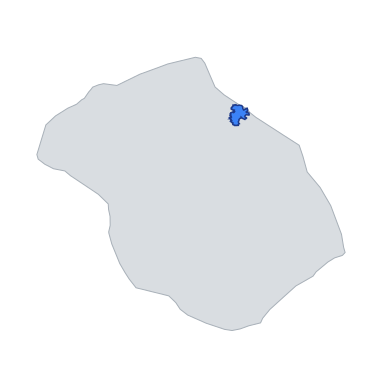 location of Maseru (Maseru District), Maseru, Lesotho, rotated 95°
{"feature_id": "5366337B82586937750220", "entity_name": "Maseru (Maseru District)", "entity_type": "district", "adm_level": 2, "iso_a3": "LSO", "parent_name": "Lesotho", "parent_adm1": "Maseru", "projection": "equal_earth", "projection_center": [27.512, -29.345], "detail": "fine", "context": "in_parent", "style": "filled", "palette": "blue", "viewbox_px": 384, "rotation_deg": 95, "n_neighbors": 0, "source": "geoboundaries", "source_scale": "gbopen_adm2", "svg_char_len": 5205}
<svg xmlns="http://www.w3.org/2000/svg" viewBox="0 0 384 384"><g transform="rotate(95 192 192)"><path d="M250.7,267.4L240.4,271.2L239.0,271.5L232.4,270.6L223.5,271.5L216.6,273.6L211.2,274.4L202.4,285.2L186.4,314.4L182.1,320.5L180.9,332.0L177.2,341.0L172.7,348.1L168.2,349.8L154.9,347.0L137.9,343.4L128.1,334.6L119.3,323.0L114.6,314.6L109.8,310.0L108.1,307.4L101.2,303.5L98.5,301.5L96.2,300.1L93.4,294.5L91.8,289.6L92.4,276.1L87.5,268.0L79.2,254.2L73.9,242.8L66.6,227.4L62.1,214.1L57.5,200.4L58.1,194.5L62.5,190.5L75.4,183.6L85.4,178.2L92.5,168.4L100.4,153.8L104.2,145.0L108.0,141.0L112.1,134.8L119.4,121.0L127.5,105.7L136.1,89.3L147.1,84.5L162.0,79.0L176.4,64.7L193.5,52.6L221.1,39.4L234.0,36.1L238.9,34.2L242.0,36.6L245.2,44.2L249.9,50.5L260.7,61.4L265.3,64.1L276.5,80.3L288.4,91.4L302.2,104.2L311.6,110.6L316.4,112.3L320.3,123.7L324.2,132.1L326.5,140.0L326.0,147.6L321.5,166.4L315.0,185.5L309.9,193.5L303.6,198.5L297.5,206.1L295.1,221.4L292.3,239.4L284.3,246.9L278.1,251.7L269.6,257.7L250.7,267.4Z" fill="#d9dde1" stroke="#a8b0b8" stroke-width="1"/><path d="M119.0,158.6L119.0,158.4L119.2,158.0L119.4,157.8L119.4,157.5L119.4,157.4L119.5,157.4L119.6,157.6L120.0,157.4L120.1,157.6L120.4,157.4L120.5,157.4L120.8,157.3L121.0,157.3L121.2,157.2L121.2,156.8L121.3,156.8L121.3,156.7L121.3,156.4L121.4,156.1L121.5,156.0L121.7,155.9L121.9,155.8L121.9,155.4L122.0,155.3L122.1,155.1L122.1,154.9L122.0,154.7L121.8,154.6L121.8,154.3L121.8,154.0L121.9,153.8L121.8,153.6L121.7,153.4L121.8,153.2L121.7,152.8L121.7,152.5L121.7,152.2L121.6,151.7L121.1,151.9L121.1,152.0L120.8,151.8L120.6,151.8L120.2,151.3L119.9,150.8L119.2,151.5L118.5,151.8L118.0,152.0L117.2,151.6L116.4,151.4L116.1,151.6L115.7,151.5L115.5,151.4L114.9,150.9L114.5,150.6L114.3,149.9L114.1,149.7L113.6,149.7L113.4,149.6L113.1,149.6L113.4,149.2L113.8,148.7L114.3,148.3L114.4,147.5L114.6,146.8L115.0,146.2L115.1,145.6L114.9,145.5L114.7,145.4L114.4,145.2L114.2,145.1L114.2,144.9L114.1,144.5L114.1,144.4L113.7,144.1L113.3,144.2L113.2,144.4L113.1,144.6L113.1,144.8L113.0,145.2L112.7,145.7L112.4,145.8L112.1,145.9L111.9,146.0L111.7,146.0L111.3,145.6L111.1,145.5L110.8,145.2L110.6,145.0L110.5,144.9L110.4,144.9L110.2,144.6L110.2,144.2L110.2,143.9L110.3,143.7L110.4,143.3L110.4,143.2L110.3,142.9L110.4,142.4L110.4,142.0L110.1,142.0L109.6,141.8L109.0,142.2L108.9,142.2L108.5,142.1L108.4,142.1L108.3,142.3L108.3,142.7L108.3,142.9L108.3,143.0L108.2,143.2L107.9,143.5L107.9,143.8L108.0,144.4L108.1,144.6L107.8,144.9L107.7,144.9L107.4,145.0L107.3,144.9L107.2,144.8L107.2,144.7L107.2,144.3L107.2,144.1L107.0,143.8L106.8,143.6L106.6,143.6L106.3,143.7L105.7,143.9L105.2,143.7L104.9,143.8L104.7,144.0L104.4,144.1L103.9,144.2L103.7,144.4L103.8,144.5L104.0,144.8L104.0,145.2L104.0,145.4L104.1,145.5L104.7,145.6L104.8,145.7L104.9,145.8L104.9,146.4L104.9,146.7L105.1,146.8L105.3,147.0L105.5,147.1L105.8,147.4L105.8,147.5L105.8,147.8L105.7,147.9L105.0,148.2L104.9,148.3L104.6,148.6L104.4,148.7L104.0,148.7L103.4,148.8L103.2,149.0L102.6,149.0L102.4,149.3L101.9,149.7L101.7,149.8L101.6,150.0L101.5,150.4L101.5,150.8L101.5,151.2L101.5,151.4L101.5,151.7L101.4,152.3L101.4,152.6L101.4,152.8L101.5,153.0L101.7,153.4L101.8,153.8L101.8,154.2L101.8,154.4L101.8,154.8L101.6,155.4L101.3,155.7L101.1,155.9L101.2,156.1L101.3,156.2L101.5,156.4L101.7,156.5L101.5,157.0L101.6,157.4L101.5,157.6L101.6,157.9L101.7,158.0L101.8,158.1L102.0,158.0L102.1,157.9L102.3,157.9L102.4,158.1L102.6,158.4L102.6,158.5L102.4,158.7L102.5,158.7L102.5,158.8L102.8,158.9L103.0,158.8L103.2,159.0L103.3,159.1L103.5,159.1L103.7,159.3L103.8,159.4L103.9,159.5L104.1,159.6L104.1,159.8L104.3,159.9L104.5,159.8L104.8,160.1L104.9,160.3L105.0,160.3L105.5,160.1L105.9,160.2L106.1,159.9L106.3,159.6L106.3,159.3L106.4,159.2L106.6,158.9L106.7,158.5L106.6,158.4L106.4,158.4L106.5,158.2L106.8,157.9L106.8,157.7L106.8,157.4L106.7,157.1L106.7,156.9L106.8,156.9L107.0,157.1L107.1,157.4L107.3,157.6L107.4,157.8L107.5,157.8L107.6,157.6L107.7,157.3L107.7,157.1L107.8,157.0L108.1,157.1L108.2,156.9L108.2,156.6L108.5,156.7L108.5,156.9L108.5,157.0L108.8,157.0L109.1,157.2L109.2,157.3L109.3,157.7L109.2,157.8L109.0,158.0L108.9,158.0L108.9,158.3L108.8,158.6L108.9,158.9L109.3,159.3L109.6,159.7L109.6,159.9L109.7,160.1L109.7,160.3L109.9,160.4L110.2,160.3L110.4,160.3L110.5,160.4L110.6,160.5L110.9,160.9L111.0,160.9L111.2,160.7L111.4,160.7L111.5,160.6L111.5,160.4L111.5,160.2L111.8,160.2L112.0,160.0L112.3,160.2L112.4,160.6L112.5,160.7L112.7,160.4L112.8,160.4L112.7,160.2L112.8,160.0L112.9,159.9L113.0,160.0L113.1,159.9L113.3,159.5L113.6,159.4L113.6,159.5L113.8,159.9L113.8,160.1L114.0,160.2L114.1,160.3L114.4,160.2L114.5,160.0L114.7,160.4L114.7,160.5L114.6,160.8L114.7,161.0L114.8,161.2L115.0,161.0L115.0,160.8L114.9,160.7L115.0,160.3L115.0,160.1L115.2,159.9L115.3,160.0L115.5,160.3L115.5,160.5L115.7,160.8L115.7,160.7L115.9,160.2L116.0,159.8L116.2,159.7L116.4,159.7L116.5,159.8L116.6,159.7L116.6,159.3L116.6,159.2L116.9,159.1L117.0,159.3L117.3,159.5L117.4,159.4L117.4,159.2L117.2,159.1L117.2,158.9L117.3,158.8L117.4,159.0L117.6,159.3L117.8,159.3L117.7,159.5L117.8,159.7L118.0,159.8L118.0,159.7L118.3,159.2L118.5,159.3L118.6,159.2L118.7,158.8L118.9,158.8L119.0,158.8L119.0,158.6Z" fill="#3b82f6" stroke="#1e3a8a" stroke-width="1.5"/></g></svg>